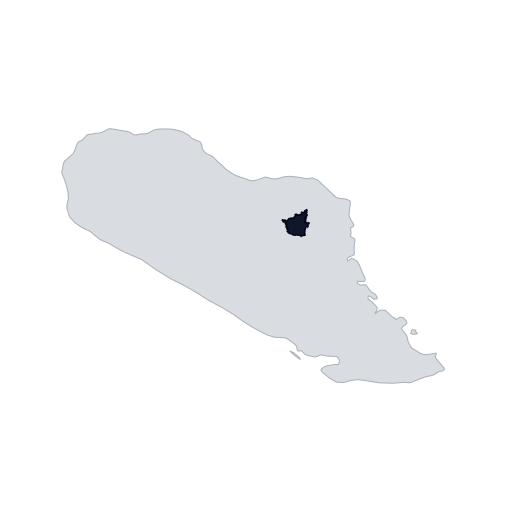 Ambatomainty, Melaky, Madagascar (highlighted), rotated 102°
{"feature_id": "10022922B59098628147577", "entity_name": "Ambatomainty", "entity_type": "district", "adm_level": 2, "iso_a3": "MDG", "parent_name": "Madagascar", "parent_adm1": "Melaky", "projection": "albers", "projection_center": [45.384, -17.814], "detail": "fine", "context": "in_parent", "style": "filled", "palette": "ink", "viewbox_px": 512, "rotation_deg": 102, "n_neighbors": 0, "source": "geoboundaries", "source_scale": "gbopen_adm2", "svg_char_len": 8002}
<svg xmlns="http://www.w3.org/2000/svg" viewBox="0 0 512 512"><g transform="rotate(102 256 256)"><path d="M336.5,59.4L337.8,62.7L339.4,65.8L344.3,73.4L346.4,76.3L348.1,79.4L348.9,85.6L351.9,95.1L354.5,109.5L355.1,124.2L355.8,130.9L358.0,137.3L361.6,144.0L362.7,151.3L360.1,158.8L356.6,165.8L355.7,167.1L354.0,168.8L353.3,168.7L350.7,166.8L348.6,163.8L345.9,156.7L345.0,153.1L343.8,152.5L340.6,152.7L338.1,154.9L337.7,156.3L338.1,160.3L338.9,163.9L339.2,167.5L339.2,172.1L340.0,173.5L341.3,174.7L342.6,177.7L342.6,184.8L341.7,188.4L339.4,191.5L339.5,193.2L340.3,195.0L339.4,196.0L336.4,197.3L335.1,198.4L333.4,201.5L330.6,207.9L330.1,211.2L331.6,221.2L331.0,228.3L327.3,241.8L325.2,248.1L322.3,255.8L317.9,265.8L313.5,278.4L309.8,291.4L307.0,299.3L304.0,306.9L299.7,320.5L296.1,334.4L290.8,349.5L283.6,366.4L282.9,368.6L281.3,377.3L279.7,384.8L277.7,392.2L273.7,404.5L273.2,408.3L272.3,411.9L268.5,419.6L266.9,422.4L265.8,425.5L265.1,429.3L264.0,433.0L261.2,439.8L257.1,445.7L254.4,447.8L248.4,450.9L245.4,451.5L238.8,451.5L232.3,453.3L225.6,456.6L219.1,460.5L216.6,462.4L213.9,463.4L205.4,463.6L202.8,462.8L194.3,456.4L191.0,455.4L184.7,454.5L182.8,454.0L181.1,453.2L178.6,449.8L173.5,447.0L172.3,446.1L171.5,444.2L171.0,442.1L169.6,439.7L168.6,435.3L167.0,432.1L162.3,426.6L161.8,424.9L161.3,419.0L161.4,415.0L160.9,407.7L161.4,404.3L163.0,401.1L162.3,397.8L160.6,394.3L159.9,390.7L158.5,387.4L153.6,381.4L152.4,378.5L151.5,375.4L149.6,366.0L149.3,362.7L149.5,355.6L150.2,352.0L151.3,349.5L151.6,347.6L152.4,346.0L153.5,344.7L154.3,343.2L156.1,334.2L158.4,332.2L161.9,331.0L164.6,328.6L166.2,325.5L167.8,318.9L172.1,312.4L173.7,309.0L177.2,303.8L180.3,296.6L181.2,293.2L181.9,289.6L182.7,282.0L183.3,278.2L183.1,274.4L181.3,270.5L176.9,263.5L176.8,262.2L177.1,256.9L176.7,253.1L175.1,249.4L173.0,245.8L170.9,239.2L169.9,228.2L170.0,224.2L169.4,220.7L167.9,217.3L168.9,211.4L181.9,190.0L182.3,187.5L181.7,181.0L182.0,177.2L182.4,175.8L183.4,175.0L185.7,174.6L196.3,173.6L197.7,173.0L200.3,171.2L204.0,167.7L205.6,166.7L207.1,167.1L208.0,168.5L209.2,169.4L213.5,167.8L215.1,167.7L216.8,168.0L217.6,166.5L218.1,164.6L218.7,163.2L219.8,162.5L225.4,162.1L228.9,161.5L233.5,160.2L234.5,160.4L238.1,165.3L239.2,165.8L240.7,166.0L241.9,165.1L238.9,162.5L238.5,161.1L238.7,159.4L240.3,155.9L243.0,153.3L249.0,149.2L255.2,144.6L257.0,144.3L258.5,145.0L259.6,150.6L259.5,151.5L260.5,151.6L261.6,151.0L262.7,148.7L262.7,146.9L261.9,145.1L261.5,143.6L261.5,142.2L264.7,138.9L267.2,135.8L268.4,132.1L269.4,130.4L272.0,128.5L272.8,128.8L273.4,130.4L273.7,132.0L273.0,133.7L272.0,135.3L271.6,137.5L273.1,137.9L274.5,137.4L276.6,133.5L278.9,129.8L280.3,127.9L282.1,126.5L285.0,126.8L287.8,127.7L283.3,123.7L282.2,118.3L287.8,109.0L287.8,107.1L288.6,106.5L289.0,105.7L286.2,102.5L285.7,101.0L286.1,98.6L287.5,96.5L288.8,95.0L290.5,94.5L291.9,95.3L294.9,98.0L297.0,98.4L299.5,95.9L301.6,92.9L304.7,90.8L308.1,89.5L313.5,84.7L317.2,74.6L317.5,71.6L316.8,68.0L315.6,64.5L313.7,60.2L314.2,59.2L317.1,59.8L318.1,59.3L321.3,55.5L326.7,48.4L328.4,48.4L329.8,49.8L330.3,51.8L331.3,53.3L334.8,56.8L336.5,59.4ZM299.7,87.5L299.8,88.6L295.8,88.1L295.2,84.2L297.2,84.1L297.6,82.5L298.8,82.3L300.0,85.8L299.7,87.5ZM345.2,197.8L341.8,203.4L342.8,198.7L346.8,191.9L347.9,191.4L345.2,197.8Z" fill="#d9dde1" stroke="#a8b0b8" stroke-width="1"/><path d="M225.2,230.6L225.4,230.6L225.4,230.4L225.4,230.2L225.2,230.1L225.2,229.9L225.6,230.0L225.7,229.9L226.1,229.5L226.2,229.3L226.4,229.4L226.5,229.3L226.5,229.0L226.7,228.8L226.7,228.7L226.6,228.4L227.0,227.9L226.9,227.6L227.0,227.2L226.9,226.7L227.0,226.1L226.9,226.0L226.9,225.8L227.0,225.5L227.1,225.1L227.4,224.7L227.6,224.5L227.7,224.4L227.6,223.7L227.7,223.0L227.6,222.7L227.5,221.9L227.4,221.5L227.3,221.3L226.8,221.2L226.7,221.0L226.7,220.0L227.0,219.6L226.6,217.9L226.7,217.7L226.7,217.2L226.7,216.9L226.4,216.5L226.6,216.4L226.7,216.2L226.8,216.4L227.2,216.3L227.3,216.1L227.2,216.1L226.5,214.9L226.0,213.7L225.6,212.5L225.5,212.4L225.3,212.4L224.9,212.6L224.7,212.9L224.4,212.7L223.9,212.9L223.4,213.0L223.2,213.4L222.7,213.6L221.7,213.3L221.4,213.5L220.9,213.7L220.6,213.5L220.4,213.5L220.2,213.4L219.8,213.5L218.4,213.2L218.1,213.2L217.9,213.4L217.8,213.5L217.3,213.2L217.0,213.1L216.9,213.0L216.7,212.8L216.5,212.6L216.6,212.4L216.6,211.9L216.8,211.6L216.5,211.6L216.3,211.7L216.2,211.5L216.1,211.3L215.9,211.2L215.7,211.3L215.8,211.5L215.6,211.6L215.3,211.8L215.2,211.9L214.9,211.7L214.7,211.8L214.1,211.7L213.7,211.5L213.5,211.0L213.3,211.0L213.2,211.0L212.8,210.9L212.8,211.1L213.0,211.2L212.9,211.4L213.1,211.4L213.3,211.8L213.2,212.0L213.1,212.7L212.9,212.9L212.8,213.1L212.9,213.3L213.1,213.2L213.3,213.5L213.2,213.6L213.3,213.6L213.2,213.6L213.3,213.7L213.2,213.8L213.3,213.9L213.0,213.9L213.0,214.1L213.0,214.4L213.2,214.6L213.1,214.8L213.4,215.3L213.1,215.5L212.7,215.3L212.4,214.8L212.1,215.1L211.8,215.2L211.6,215.2L211.5,215.3L211.2,215.1L210.9,215.2L210.5,214.8L210.2,214.9L210.1,215.1L210.1,215.3L209.7,215.0L209.5,214.9L209.1,215.1L208.9,215.0L208.6,214.9L208.4,215.1L208.2,215.8L208.1,215.6L207.7,215.5L207.7,215.2L207.2,214.7L206.7,214.9L206.3,215.1L206.1,215.0L206.1,214.9L205.9,214.8L205.7,214.6L205.3,214.4L205.2,214.5L204.8,215.3L204.8,215.5L204.1,215.8L204.0,216.1L203.8,216.0L203.5,216.1L203.4,215.9L203.3,216.1L203.2,216.1L203.0,216.3L202.9,216.5L202.9,216.4L202.6,216.4L202.6,216.2L202.4,216.3L202.3,216.2L202.3,215.9L202.2,216.0L202.0,215.9L201.9,215.8L201.7,215.9L201.6,216.1L201.4,216.0L201.4,215.8L201.1,215.7L201.1,215.9L201.0,215.6L200.7,215.6L200.4,215.7L200.3,216.1L200.5,216.1L200.7,216.3L200.7,216.7L200.9,217.0L201.3,217.1L201.5,217.5L202.0,217.8L202.6,217.8L203.1,218.0L203.5,218.5L203.8,218.9L203.9,219.4L203.8,219.6L203.8,220.0L203.6,220.3L203.8,220.4L204.1,220.6L204.4,220.6L204.6,220.3L204.9,220.2L205.0,220.2L205.5,219.9L205.9,220.1L206.0,220.1L206.1,220.4L206.3,220.5L206.3,220.8L206.4,221.1L206.3,221.3L206.4,221.9L206.6,222.1L206.6,222.3L206.8,222.5L207.0,222.5L207.2,222.3L207.4,222.4L207.5,222.7L207.4,222.9L207.7,223.2L207.6,223.3L207.5,223.2L207.5,223.4L207.4,223.4L207.4,223.5L207.2,223.7L207.3,223.9L207.2,224.2L207.0,224.4L207.0,224.5L207.1,224.8L206.7,225.3L206.8,225.5L207.0,226.0L207.3,226.0L207.5,226.2L207.7,225.8L207.8,225.8L208.0,225.8L208.3,226.0L208.5,225.8L208.8,225.8L208.9,225.7L209.0,225.6L209.3,225.9L209.5,225.9L209.5,226.1L209.9,226.5L210.2,226.9L210.4,226.8L210.9,227.3L211.2,227.5L211.3,227.5L211.4,227.8L211.6,228.0L211.4,228.5L211.6,228.7L211.7,228.8L211.7,229.2L211.8,229.3L211.7,229.3L211.6,229.5L211.7,229.8L211.8,230.0L212.2,230.6L212.6,231.6L214.3,232.4L214.7,232.4L214.8,232.7L215.1,232.8L215.2,233.0L215.8,233.5L215.7,233.6L215.5,233.9L215.0,234.3L215.0,234.7L214.8,235.1L214.9,235.8L215.1,235.9L215.4,236.1L215.5,236.6L215.4,236.9L215.3,237.0L215.0,237.4L215.1,237.7L215.2,237.8L215.4,237.8L215.4,237.5L215.9,237.1L216.0,237.0L216.0,236.9L216.4,236.8L216.6,236.7L216.6,236.4L216.8,236.3L216.7,236.2L216.8,236.2L216.8,235.9L216.8,235.7L216.7,235.2L216.8,235.0L216.9,234.8L216.9,234.7L217.0,234.6L217.0,234.4L217.2,234.2L217.2,234.3L217.2,234.1L217.3,234.1L217.2,234.0L217.2,233.8L217.3,233.8L217.3,233.7L217.4,233.8L217.6,233.7L217.7,233.4L217.8,233.3L218.1,233.4L218.1,233.1L218.2,233.3L218.3,233.3L218.2,233.1L218.3,233.0L218.7,233.2L218.8,232.9L218.7,232.9L218.7,232.7L218.9,232.8L218.9,232.6L219.0,232.5L219.1,232.8L219.3,232.8L219.4,232.6L219.5,232.6L219.8,232.5L219.7,232.6L219.9,232.7L220.0,232.6L219.9,232.7L220.1,232.7L220.4,232.7L220.4,232.4L220.5,232.3L220.7,232.6L220.8,232.6L220.8,232.4L220.9,232.5L221.0,232.4L221.1,232.5L221.3,232.1L221.3,232.3L221.5,232.3L221.4,232.4L221.5,232.4L221.8,232.2L221.8,231.8L222.0,231.7L221.9,231.6L222.0,231.4L222.1,231.5L222.2,231.4L222.4,231.5L222.5,231.3L222.5,231.1L222.6,231.3L222.7,231.2L222.5,230.9L222.8,230.7L223.1,230.8L223.2,230.6L223.3,230.8L223.4,230.6L223.6,230.7L223.7,230.4L223.8,230.3L223.9,230.1L224.1,230.1L224.3,230.1L224.4,230.4L224.5,230.4L225.1,230.5L225.2,230.6Z" fill="#0f172a" stroke="#020617" stroke-width="1.5"/></g></svg>